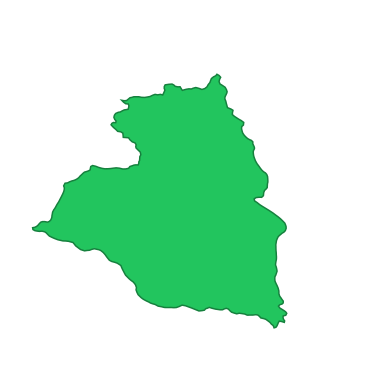 outline of Taiobeiras, Minas Gerais, Brazil, rotated 112°
{"feature_id": "56859067B11506596439375", "entity_name": "Taiobeiras", "entity_type": "district", "adm_level": 2, "iso_a3": "BRA", "parent_name": "Brazil", "parent_adm1": "Minas Gerais", "projection": "equal_earth", "projection_center": [-42.062, -15.819], "detail": "fine", "context": "isolated", "style": "filled", "palette": "green", "viewbox_px": 384, "rotation_deg": 112, "n_neighbors": 0, "source": "geoboundaries", "source_scale": "gbopen_adm2", "svg_char_len": 5048}
<svg xmlns="http://www.w3.org/2000/svg" viewBox="0 0 384 384"><g transform="rotate(112 192 192)"><path d="M287.2,65.0L286.0,63.5L284.5,63.1L283.0,63.0L280.9,63.0L279.0,62.7L278.5,60.1L278.3,57.6L276.8,57.8L275.8,59.4L274.3,60.6L272.7,61.0L271.2,58.9L269.0,58.7L268.0,60.3L267.5,62.3L267.1,64.5L266.7,67.0L265.4,69.1L263.7,68.4L262.1,66.5L260.7,65.9L259.0,66.5L258.0,68.2L256.8,69.9L255.8,71.6L253.8,73.3L251.2,74.4L248.9,76.1L246.8,78.2L245.3,79.9L243.5,81.7L241.3,82.8L239.5,83.4L237.9,83.2L235.9,83.3L233.5,83.5L231.7,84.6L230.1,85.7L228.4,87.2L226.5,87.8L224.7,88.2L222.6,88.6L220.5,89.4L218.7,90.3L216.9,91.1L214.8,92.2L212.8,93.1L211.1,93.8L209.6,94.5L207.5,95.0L205.3,95.5L203.4,95.5L201.5,95.4L199.8,94.8L198.2,93.9L196.4,93.0L194.9,91.8L192.9,91.0L190.4,91.1L188.7,91.9L187.4,93.0L186.1,94.3L185.0,96.7L183.7,99.9L182.7,103.1L181.9,106.3L181.2,108.8L180.7,111.3L180.3,113.3L179.9,115.7L179.5,118.0L179.0,121.1L178.4,124.3L177.4,127.7L176.8,130.6L175.1,131.8L173.2,130.5L171.8,128.0L170.8,125.4L168.7,124.4L167.3,124.8L165.7,125.3L163.3,125.3L161.7,124.5L159.8,123.9L158.0,124.5L156.2,125.1L154.4,125.4L152.9,126.0L151.0,126.9L149.4,127.7L147.7,129.3L146.8,131.1L146.4,133.3L145.6,135.4L144.4,137.5L142.9,139.8L141.4,142.3L139.3,144.9L137.9,146.2L136.7,147.3L135.3,148.4L133.8,149.3L131.8,150.3L130.1,150.5L128.5,150.3L127.2,150.9L126.0,152.1L124.5,153.7L122.7,154.4L121.9,156.3L121.9,158.3L121.6,160.5L120.8,162.7L119.9,164.7L118.4,167.0L116.8,168.3L114.9,169.7L112.7,170.4L110.7,169.4L108.1,170.1L107.3,173.2L107.0,175.8L106.6,177.8L106.0,180.9L105.1,183.6L103.3,184.2L100.9,184.6L100.5,186.8L100.5,190.7L96.7,193.6L95.1,194.7L93.4,196.4L91.6,197.0L89.4,196.9L87.5,196.8L85.9,197.0L84.2,198.4L82.5,200.5L81.8,203.7L81.3,206.6L79.4,208.3L77.0,208.6L74.9,208.4L73.8,210.6L73.5,213.0L75.3,213.5L77.2,215.2L79.5,216.5L82.0,216.5L83.8,216.4L86.3,217.2L88.9,217.5L91.3,218.9L93.2,221.2L93.3,224.3L93.7,227.6L95.4,229.9L96.7,231.1L97.5,233.5L98.9,235.8L100.0,237.3L101.4,239.0L100.3,240.6L98.9,242.5L99.8,244.4L100.3,247.2L99.6,248.9L99.4,250.9L100.8,253.8L102.7,257.0L104.6,257.2L106.3,256.6L107.7,255.3L110.0,255.3L113.0,255.5L113.3,257.9L114.8,260.2L115.3,262.8L117.1,264.8L119.2,266.7L120.3,268.4L122.0,271.2L123.1,274.2L123.6,276.9L124.7,279.7L125.6,281.8L126.8,283.2L127.8,284.8L129.7,285.8L131.8,287.0L132.8,289.2L133.3,291.5L134.4,289.0L135.0,286.5L134.3,284.1L135.5,282.9L136.9,282.5L139.2,282.2L140.4,284.1L141.3,285.6L143.4,287.5L144.7,288.5L145.7,290.2L147.8,292.2L149.9,292.7L152.0,292.4L153.6,290.9L154.6,289.0L156.3,288.7L157.0,290.9L158.4,292.0L160.0,292.2L161.1,290.0L161.9,288.0L162.5,286.1L163.6,283.6L162.9,280.6L163.3,278.2L165.3,277.1L167.1,276.2L166.2,273.4L165.5,271.1L166.8,269.2L167.9,266.2L167.8,263.3L169.1,261.5L170.8,261.2L172.1,260.4L173.2,257.9L174.4,254.9L176.6,253.4L178.8,253.6L180.6,253.0L182.5,252.4L183.9,252.6L185.4,252.1L187.1,252.1L187.9,254.3L188.8,255.9L190.1,257.3L191.6,259.1L193.8,259.7L195.5,262.2L196.6,264.8L197.1,268.2L198.0,271.3L199.4,273.9L200.7,276.2L201.9,278.6L203.1,281.4L203.7,283.9L204.0,286.1L204.2,288.0L204.2,290.8L204.7,294.1L206.3,295.4L208.2,295.1L209.6,294.7L211.1,295.8L212.5,297.4L213.9,299.2L215.6,300.1L217.2,300.8L219.3,301.8L221.0,302.3L222.7,303.3L224.1,304.4L225.4,305.7L226.9,307.7L228.5,309.4L230.1,310.7L231.4,313.0L234.4,313.3L236.0,311.9L237.9,311.3L239.7,311.1L241.7,311.1L244.6,311.3L248.9,311.7L251.1,311.9L253.0,312.3L255.0,312.6L257.0,312.8L258.9,313.1L260.4,313.5L262.9,313.7L264.7,313.3L266.3,313.0L267.9,312.5L269.4,312.4L271.1,312.5L273.0,313.5L274.1,314.7L274.6,317.4L275.5,319.6L276.6,320.9L278.5,321.7L280.6,322.4L282.1,323.2L283.6,324.5L284.8,326.4L286.4,325.4L286.7,323.2L286.3,321.2L285.7,318.8L284.5,316.4L284.1,313.7L284.5,311.8L285.4,309.9L286.3,307.7L286.5,304.7L286.6,301.7L286.5,298.3L286.1,295.9L285.7,293.4L284.8,290.9L284.0,288.1L283.7,285.7L283.4,283.4L284.5,281.4L285.5,279.7L286.3,276.8L287.1,273.8L286.8,269.6L285.4,267.2L284.4,265.2L282.7,263.4L281.2,261.3L280.8,258.9L280.4,256.8L280.4,254.8L281.3,251.7L282.6,249.1L284.1,246.8L285.3,244.7L286.2,243.1L286.5,240.6L286.1,237.1L286.0,234.6L286.4,232.4L286.8,230.4L288.3,229.0L289.9,227.3L291.5,225.4L292.9,223.8L294.0,222.4L295.0,220.1L296.0,217.8L296.8,215.4L297.5,212.6L299.1,209.8L301.4,207.7L303.7,207.2L305.6,205.5L307.4,203.5L308.3,201.3L309.0,199.6L309.6,197.4L309.9,195.3L310.1,193.2L310.2,190.8L310.5,188.9L310.4,186.8L310.1,184.0L310.5,180.7L309.8,177.3L309.4,174.4L308.7,172.4L308.0,170.7L306.9,168.1L306.2,165.9L305.1,163.4L303.0,161.0L300.6,158.8L299.9,155.2L299.8,151.5L299.7,149.2L299.7,146.4L299.7,143.9L299.7,141.0L298.2,138.2L296.9,136.2L295.1,135.6L293.9,134.1L292.5,132.8L292.3,130.0L291.8,126.4L291.2,124.0L290.7,121.9L289.7,119.5L288.2,118.2L287.0,116.6L286.9,114.4L287.8,112.6L288.6,110.4L288.5,107.9L288.2,104.9L286.7,102.8L286.1,100.4L285.4,97.4L285.5,94.7L284.4,92.2L283.2,89.3L281.9,87.0L281.4,85.0L282.0,83.0L283.0,81.0L282.5,78.0L282.4,75.8L283.0,73.4L283.7,70.8L284.8,68.9L285.4,66.7L287.2,65.0Z" fill="#22c55e" stroke="#15803d" stroke-width="1.5"/></g></svg>